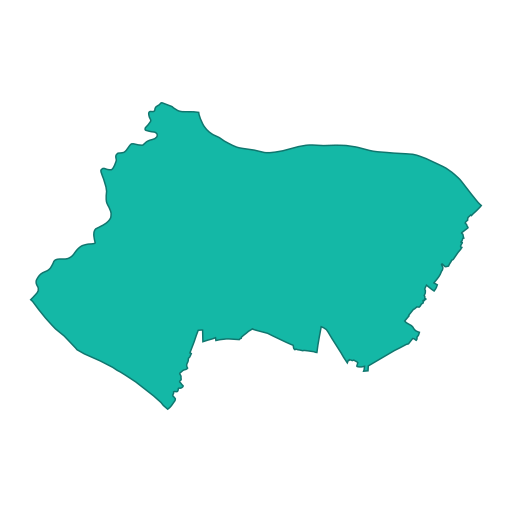 Lap Vo, Can Tho, Vietnam (Albers equal-area conic projection)
{"feature_id": "81297802B77463595408425", "entity_name": "Lap Vo", "entity_type": "district", "adm_level": 2, "iso_a3": "VNM", "parent_name": "Vietnam", "parent_adm1": "Can Tho", "projection": "albers", "projection_center": [105.607, 10.357], "detail": "fine", "context": "isolated", "style": "filled", "palette": "teal", "viewbox_px": 512, "rotation_deg": 0, "n_neighbors": 0, "source": "geoboundaries", "source_scale": "gbopen_adm2", "svg_char_len": 6059}
<svg xmlns="http://www.w3.org/2000/svg" viewBox="0 0 512 512"><path d="M30.7,299.7L32.6,301.4L38.8,309.7L45.5,318.0L51.8,325.0L55.4,328.8L64.2,336.0L75.6,348.0L77.0,349.7L84.2,353.8L100.2,360.9L112.8,367.4L117.1,370.3L120.2,371.9L125.5,375.2L135.7,381.9L153.5,395.8L161.0,402.5L163.3,405.4L167.7,409.2L169.8,407.5L171.4,405.7L175.0,400.6L175.3,399.4L175.3,398.7L174.4,397.5L172.9,395.9L172.8,395.0L173.6,393.2L173.6,391.8L174.3,391.5L176.5,391.7L177.5,391.4L178.2,389.9L178.2,389.0L178.4,388.4L178.9,388.1L179.9,388.2L180.9,388.1L182.0,387.5L182.8,386.8L183.1,386.2L183.1,385.8L181.8,384.5L180.7,383.0L179.7,382.1L179.6,381.5L180.0,380.8L180.9,380.1L181.2,379.2L181.0,378.1L181.0,376.3L180.8,375.7L179.7,373.8L179.9,373.1L182.9,370.5L184.1,369.9L186.0,369.4L187.1,368.7L187.6,368.1L187.0,367.0L186.7,366.0L186.7,364.7L187.0,363.6L187.9,361.8L188.3,360.3L188.3,359.2L188.6,358.1L189.6,357.2L190.3,355.8L191.3,353.6L190.6,353.1L189.9,352.9L194.1,341.9L196.5,334.8L198.2,330.3L201.4,330.0L202.6,330.1L202.9,341.7L207.6,340.2L212.9,338.7L215.5,337.7L215.9,340.5L219.6,339.7L226.5,338.9L228.7,338.9L239.3,339.6L240.1,338.7L241.2,338.3L241.5,337.1L243.7,335.2L246.4,333.1L248.5,331.3L251.8,329.3L252.4,328.8L252.8,328.9L253.0,329.3L256.3,330.3L267.6,333.3L272.8,335.9L285.8,342.1L291.4,344.6L292.9,345.1L293.2,345.5L293.6,347.9L293.9,348.7L294.5,349.4L294.9,349.7L296.0,349.1L297.7,349.7L299.8,350.0L302.7,350.7L304.1,350.4L307.7,350.8L313.9,351.7L315.5,352.3L316.9,352.5L317.9,345.1L319.3,336.9L321.2,326.7L323.7,327.8L326.4,329.6L328.3,332.4L331.8,338.3L341.0,352.8L343.6,357.3L347.3,362.9L348.3,360.4L349.1,360.4L349.4,359.6L351.0,360.1L352.3,360.6L353.8,360.1L357.0,361.9L357.8,362.7L356.8,366.1L357.3,366.6L359.0,366.9L361.7,366.9L364.5,366.3L364.1,369.8L363.6,371.2L368.0,370.8L368.3,365.9L394.5,350.5L400.3,347.6L406.5,344.3L408.0,344.0L408.5,343.8L412.7,338.5L413.7,338.7L414.6,339.1L415.7,340.0L416.2,340.3L416.8,339.5L417.0,338.5L417.0,337.4L417.3,336.6L418.2,335.7L418.6,334.9L419.4,332.3L417.9,331.8L416.0,330.9L414.9,330.0L413.8,328.7L412.8,327.0L411.4,325.6L408.0,323.7L406.2,322.6L404.7,321.0L409.0,315.9L408.7,315.3L413.5,309.3L414.4,309.0L416.9,306.9L419.2,307.1L420.2,306.1L421.4,304.1L423.2,302.9L423.1,300.5L423.3,300.4L423.8,300.7L424.2,300.7L424.5,300.3L424.5,299.6L425.6,299.5L425.8,299.3L425.9,299.1L425.7,298.7L424.8,298.5L424.8,296.5L424.2,295.6L425.3,292.9L425.3,292.3L425.4,290.9L425.3,290.3L424.8,289.4L424.8,288.7L425.3,287.7L425.6,286.7L426.3,285.8L426.5,285.2L427.2,285.7L427.9,286.3L431.6,289.3L434.1,291.0L435.4,289.2L436.3,287.6L437.3,284.8L433.9,282.9L436.8,279.4L438.9,276.6L440.2,274.4L441.6,271.1L442.4,270.0L442.8,268.5L442.8,267.2L441.5,264.7L441.6,264.2L442.2,264.0L442.4,264.1L445.2,266.7L446.4,266.6L448.5,266.1L449.5,264.0L451.1,261.5L451.6,260.3L452.7,259.8L453.4,259.2L458.0,252.5L460.8,249.2L461.3,248.0L461.8,247.7L461.9,247.4L461.7,247.3L461.2,247.2L460.8,247.0L460.6,246.5L460.6,245.9L461.5,244.1L462.3,242.8L462.3,242.5L462.0,242.2L461.1,242.2L461.1,241.8L462.3,240.1L462.7,238.5L462.8,238.3L463.8,238.1L463.4,236.9L462.9,234.4L462.7,234.1L461.6,233.2L461.7,232.7L462.1,232.4L467.9,227.9L468.0,227.5L466.9,225.7L466.6,224.6L466.2,224.1L465.3,223.3L465.4,222.4L466.3,221.3L467.4,220.4L467.7,220.1L467.6,219.2L468.0,217.5L470.7,215.0L471.4,215.6L471.5,215.5L473.0,213.9L476.5,210.7L480.2,206.9L481.3,205.5L480.0,204.4L478.1,202.5L475.4,199.2L471.0,193.7L461.4,181.3L459.9,179.5L458.3,177.9L454.9,174.8L451.8,172.2L446.1,168.2L442.7,166.4L426.1,158.6L419.7,156.2L416.7,155.2L412.8,154.3L406.3,153.8L393.8,153.1L387.0,152.5L377.7,151.8L373.1,151.2L369.3,150.4L357.9,147.4L355.5,146.9L346.1,145.5L341.0,145.3L335.7,145.2L323.7,145.6L319.6,145.4L312.2,145.0L310.2,145.0L308.1,145.1L305.9,145.3L298.5,146.6L282.8,150.8L275.2,152.1L269.8,152.7L266.2,152.7L264.3,152.5L254.2,150.1L242.5,148.4L239.1,147.8L236.6,147.1L232.6,145.4L228.3,143.2L224.4,141.1L219.5,137.7L217.9,136.9L213.3,134.8L211.7,133.8L209.2,132.0L206.7,129.6L205.0,127.5L203.7,125.7L202.6,123.7L200.4,118.8L199.0,114.5L198.7,112.4L193.6,111.8L182.4,111.7L180.5,111.4L178.6,110.9L177.3,110.3L173.5,107.9L172.3,106.8L171.6,106.4L162.4,102.9L161.2,102.8L159.1,104.9L158.2,105.4L156.3,106.6L155.8,107.1L155.1,108.3L154.8,110.1L154.6,110.6L154.3,111.0L153.7,111.4L153.0,111.6L151.0,111.5L150.1,111.5L149.4,111.9L149.0,112.3L148.8,112.9L148.7,113.4L148.8,114.8L149.3,117.0L150.7,119.9L150.8,120.4L150.6,121.3L150.1,122.1L148.2,124.7L145.4,127.7L145.1,128.7L145.1,129.5L145.3,129.9L145.8,130.3L149.0,131.2L151.3,131.7L154.5,132.1L155.0,132.3L155.8,132.7L156.9,133.8L157.2,134.6L157.2,135.7L157.0,136.5L156.6,137.1L155.0,138.5L154.1,138.9L152.4,139.5L149.8,140.2L147.5,141.2L146.4,141.9L143.6,144.4L142.9,145.0L142.4,145.2L141.8,145.2L138.4,144.9L133.5,143.8L132.5,143.8L131.5,143.9L131.0,144.2L129.8,145.4L126.3,150.3L125.3,151.3L124.6,151.9L123.8,152.4L122.9,152.6L121.2,152.9L118.6,153.1L117.9,153.2L117.2,153.8L116.3,154.8L116.0,155.4L115.8,156.6L115.9,157.7L116.3,159.7L116.2,161.0L114.6,165.2L113.7,167.0L113.2,167.9L112.5,168.8L112.0,169.3L111.5,169.7L110.9,169.8L108.8,169.7L107.1,169.4L104.2,168.4L103.1,168.4L102.6,168.6L101.9,169.1L101.0,170.0L100.9,170.5L101.0,171.9L102.5,176.2L103.6,179.0L106.0,187.0L106.6,191.3L106.2,195.7L106.2,197.4L106.2,199.3L106.4,201.3L106.8,202.9L107.9,205.3L109.0,207.3L110.1,209.9L110.6,211.2L111.1,213.3L111.0,215.9L110.7,217.7L110.2,218.7L109.7,219.4L109.2,220.2L107.9,221.6L106.2,223.1L103.3,225.0L95.7,228.9L94.7,230.2L94.0,232.1L93.8,234.6L93.9,236.0L94.4,239.4L95.2,242.8L94.7,243.3L93.8,243.6L91.7,243.9L88.2,244.1L86.2,244.5L83.6,245.2L82.1,245.7L80.3,246.8L78.6,248.2L77.2,249.6L75.8,251.3L73.4,254.6L72.2,255.9L71.1,256.8L69.5,257.8L68.6,258.2L67.6,258.6L65.4,259.0L59.8,259.0L57.1,259.3L55.5,259.9L54.6,260.5L53.8,261.5L53.1,263.3L51.9,265.6L50.4,268.1L49.1,269.4L47.5,270.6L42.8,272.7L40.8,274.0L39.3,275.5L38.2,277.0L37.0,279.0L36.3,280.4L36.1,282.0L36.3,283.7L37.0,285.4L37.9,287.0L38.3,288.2L38.2,290.8L37.6,291.9L36.9,293.1L32.8,297.6L30.7,299.7Z" fill="#14b8a6" stroke="#0f766e" stroke-width="1.5"/></svg>